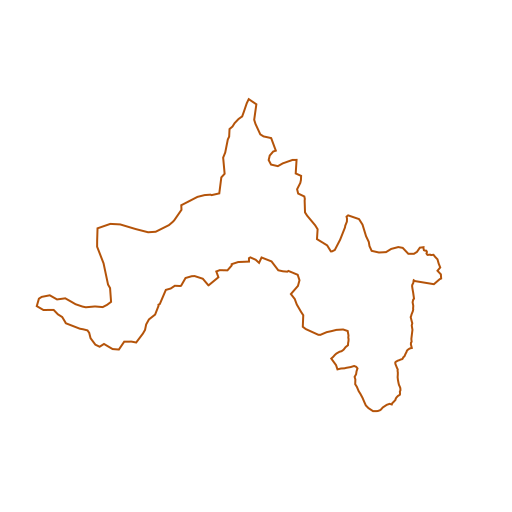 Buruku, Benue, Nigeria (orthographic projection), rotated 292°
{"feature_id": "59680162B99039921741080", "entity_name": "Buruku", "entity_type": "district", "adm_level": 2, "iso_a3": "NGA", "parent_name": "Nigeria", "parent_adm1": "Benue", "projection": "orthographic", "projection_center": [9.166, 7.36], "detail": "fine", "context": "isolated", "style": "outline", "palette": "amber", "viewbox_px": 512, "rotation_deg": 292, "n_neighbors": 0, "source": "geoboundaries", "source_scale": "gbopen_adm2", "svg_char_len": 4019}
<svg xmlns="http://www.w3.org/2000/svg" viewBox="0 0 512 512"><g transform="rotate(292 256 256)"><path d="M326.9,408.0L325.1,404.8L320.1,403.7L317.2,401.6L315.1,396.4L318.5,389.0L317.6,384.6L313.2,378.7L308.3,375.1L305.3,368.7L304.1,361.3L307.7,357.5L311.3,355.3L315.6,350.6L325.0,343.0L328.8,337.7L328.2,326.2L326.4,325.2L324.7,326.4L321.9,327.4L317.5,327.4L315.9,327.8L302.6,327.9L291.1,326.8L288.8,324.8L288.3,323.7L292.5,318.0L294.5,306.2L303.9,303.1L306.6,299.4L312.6,288.2L314.8,285.1L325.7,280.3L327.2,279.9L329.3,278.5L329.7,271.7L333.3,269.1L340.3,269.7L343.3,269.2L347.2,267.8L347.4,261.9L360.3,257.6L358.7,253.8L352.0,246.2L347.5,242.6L346.4,235.7L349.7,231.8L354.3,231.1L359.3,232.8L361.1,234.9L371.0,225.9L370.4,222.2L369.7,218.2L370.4,214.4L378.3,206.0L381.6,203.3L396.8,199.5L398.7,190.5L394.2,190.2L385.4,190.7L380.3,190.9L376.5,188.5L371.2,186.4L367.2,185.7L363.8,183.9L356.6,186.4L353.5,186.2L350.4,186.8L340.4,188.7L334.9,188.7L320.5,196.1L315.9,194.4L300.3,198.5L295.8,192.0L295.8,190.8L293.2,185.5L288.9,179.6L275.1,167.7L270.9,169.6L258.4,166.8L256.4,166.0L252.0,163.7L240.9,153.9L237.6,147.1L235.9,134.3L234.4,118.2L231.2,108.9L222.3,98.7L210.9,102.9L205.1,105.2L192.1,117.4L174.1,129.5L171.6,132.7L159.2,138.8L154.9,136.2L151.2,133.0L148.9,125.6L144.7,117.4L144.1,114.0L143.7,106.7L144.4,101.9L145.3,95.0L141.2,87.8L142.3,79.5L137.8,72.6L135.1,70.7L127.4,71.5L126.3,79.1L130.2,88.6L127.7,94.2L126.8,99.2L123.1,104.1L122.8,104.3L122.4,105.0L122.6,119.9L123.3,123.2L123.9,127.6L122.3,130.1L117.8,133.4L113.6,140.3L113.3,145.0L117.5,148.0L116.0,157.9L117.9,163.9L127.2,165.9L130.0,172.7L130.9,177.3L141.7,180.2L145.9,180.8L151.4,179.8L157.1,180.5L163.9,184.4L173.2,184.3L174.3,183.8L175.5,184.8L190.8,185.1L193.9,189.1L198.0,191.9L199.8,197.0L200.4,197.7L209.2,198.9L213.2,204.0L214.4,206.6L215.0,215.2L211.0,222.8L211.0,223.0L222.2,229.1L226.8,225.0L229.3,227.7L232.0,234.9L238.1,237.0L239.3,236.5L243.7,241.7L248.2,251.6L251.3,250.3L252.6,251.3L252.4,257.1L250.8,261.4L256.7,261.7L256.8,272.4L251.1,282.0L251.9,286.7L253.2,290.9L254.3,291.6L254.2,301.7L249.8,305.4L244.0,306.1L233.8,302.6L230.6,308.1L228.9,309.6L226.3,312.0L221.0,318.8L218.8,322.0L207.9,325.9L206.9,329.5L206.3,343.3L207.0,345.2L211.9,350.1L214.6,354.1L217.6,358.2L220.5,364.3L220.8,369.1L217.0,371.5L214.7,372.2L213.8,372.9L211.8,373.6L209.9,374.0L207.7,374.7L205.1,373.2L201.9,372.3L199.8,371.0L198.5,369.3L195.7,367.1L193.9,366.2L191.3,365.3L189.1,364.2L184.8,371.1L181.4,374.0L183.5,376.9L185.0,380.1L186.2,381.7L188.5,385.4L190.8,388.2L190.8,390.4L189.8,392.2L186.8,392.4L183.8,393.1L180.9,392.7L178.7,394.4L174.3,396.0L172.5,398.5L169.1,401.9L167.4,404.3L164.4,407.9L161.0,411.3L158.6,413.8L157.1,417.2L156.0,422.6L157.2,425.6L157.9,427.0L159.4,428.7L160.3,429.3L163.1,430.3L167.0,433.0L169.0,435.3L169.2,437.5L170.6,437.5L172.9,438.5L174.9,439.2L176.0,439.0L177.3,439.2L179.4,440.0L181.1,441.3L181.7,441.3L182.8,440.9L184.1,440.2L185.7,440.2L187.6,439.3L188.7,438.3L190.1,436.8L191.5,435.8L194.3,434.0L196.7,432.7L198.9,432.0L201.2,431.1L202.5,430.3L203.9,429.9L205.1,428.6L208.0,425.8L209.1,425.1L210.0,425.1L210.6,425.5L212.1,426.7L213.1,427.9L214.2,428.9L215.1,430.1L215.6,430.4L217.2,430.5L218.6,431.2L221.5,431.3L223.4,431.5L224.5,431.4L225.6,431.7L227.2,432.7L228.2,433.6L229.1,434.9L232.1,432.7L233.6,432.2L234.8,432.4L237.3,431.1L242.1,429.8L246.2,428.7L248.8,427.1L250.0,426.4L252.2,426.1L253.6,425.0L257.3,422.3L258.6,422.3L260.1,422.1L261.7,422.1L263.4,422.1L265.3,421.8L266.2,421.3L268.7,420.5L270.9,419.1L271.4,418.7L272.8,418.3L273.6,418.3L274.1,418.1L274.8,418.2L275.6,418.5L280.8,415.5L284.5,413.2L286.6,412.0L287.8,411.7L289.8,411.9L290.6,411.8L292.4,411.3L292.6,411.3L292.3,412.8L296.5,431.5L303.3,435.0L304.5,436.1L308.2,434.3L310.3,429.8L314.4,431.1L317.3,428.3L320.9,425.5L322.3,422.4L323.6,420.1L322.4,417.9L322.5,417.0L321.3,414.7L321.5,414.0L322.2,413.1L323.2,413.1L323.9,412.9L324.7,411.9L324.3,410.6L324.3,409.5L326.0,408.3L326.9,408.0Z" fill="none" stroke="#b45309" stroke-width="2"/></g></svg>